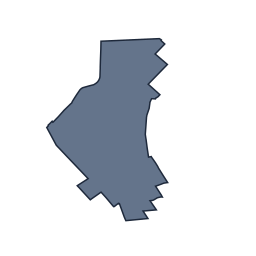 the district of Salcia, Teleorman, Romania, rotated 152°
{"feature_id": "2599482B37007656792244", "entity_name": "Salcia", "entity_type": "district", "adm_level": 2, "iso_a3": "ROU", "parent_name": "Romania", "parent_adm1": "Teleorman", "projection": "natural_earth1", "projection_center": [24.918, 43.953], "detail": "fine", "context": "isolated", "style": "filled", "palette": "slate", "viewbox_px": 256, "rotation_deg": 152, "n_neighbors": 0, "source": "geoboundaries", "source_scale": "gbopen_adm2", "svg_char_len": 1451}
<svg xmlns="http://www.w3.org/2000/svg" viewBox="0 0 256 256"><g transform="rotate(152 128 128)"><path d="M199.9,100.9L199.7,100.0L199.4,99.1L195.0,82.3L193.2,82.6L181.9,84.0L180.1,76.9L177.9,66.5L177.6,65.3L177.1,65.1L176.9,65.1L172.0,66.0L172.0,65.4L171.4,65.2L171.1,65.2L173.1,51.1L173.4,47.2L152.9,38.7L153.5,45.4L153.7,47.6L141.4,42.4L142.7,53.5L141.4,53.0L140.2,52.5L138.9,52.4L136.9,52.5L135.1,52.6L134.8,52.6L132.8,52.1L131.2,51.6L130.1,50.9L130.1,53.2L131.0,63.7L130.6,63.6L128.6,63.3L124.9,62.8L122.3,62.5L119.4,61.5L118.6,61.2L119.3,69.8L119.8,76.9L119.9,78.5L119.8,80.0L120.1,84.5L120.9,91.0L120.9,91.9L121.4,92.0L121.8,92.1L123.5,92.7L120.4,101.5L117.5,109.2L117.0,110.7L115.7,114.3L107.1,128.0L106.9,128.4L105.3,130.5L100.1,135.4L96.7,140.1L96.7,140.3L93.4,142.8L90.1,140.8L89.0,141.5L88.7,141.4L86.9,141.5L84.2,142.4L89.6,157.2L63.4,165.6L69.3,180.6L60.4,183.5L56.1,184.9L57.8,189.7L57.2,190.1L57.5,190.8L58.4,192.2L111.1,217.3L112.5,214.8L115.0,210.3L120.4,201.0L124.0,194.7L124.4,193.9L128.6,186.6L129.4,185.5L131.1,184.1L133.1,183.0L135.2,182.5L137.9,182.3L142.4,183.4L148.9,184.8L150.5,184.8L152.4,184.3L157.4,181.7L160.8,179.8L164.6,177.6L166.0,176.5L167.4,176.2L176.3,173.6L184.4,170.6L191.0,168.5L191.3,168.4L191.7,168.4L191.8,169.0L191.8,169.6L193.7,169.0L195.3,168.5L197.2,168.0L197.4,167.3L199.5,166.6L199.4,146.4L193.7,125.9L187.0,102.0L195.1,101.3L199.9,100.9Z" fill="#64748b" stroke="#1e293b" stroke-width="1.5"/></g></svg>